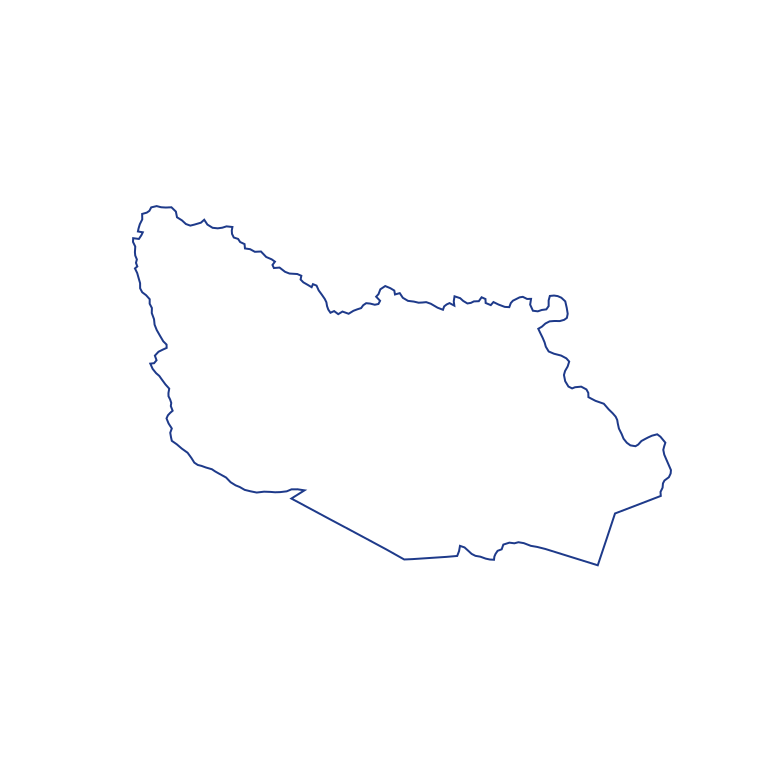 outline of Contendas do Sincorá, Bahia, Brazil, rotated 301°
{"feature_id": "56859067B17459765525716", "entity_name": "Contendas do Sincorá", "entity_type": "district", "adm_level": 2, "iso_a3": "BRA", "parent_name": "Brazil", "parent_adm1": "Bahia", "projection": "equal_earth", "projection_center": [-41.061, -13.829], "detail": "fine", "context": "isolated", "style": "outline", "palette": "blue", "viewbox_px": 768, "rotation_deg": 301, "n_neighbors": 0, "source": "geoboundaries", "source_scale": "gbopen_adm2", "svg_char_len": 3836}
<svg xmlns="http://www.w3.org/2000/svg" viewBox="0 0 768 768"><g transform="rotate(301 384 384)"><path d="M242.5,215.3L239.2,219.7L236.6,225.0L232.1,225.9L228.5,229.0L226.0,231.4L225.6,237.4L224.5,243.9L223.9,251.1L221.4,257.0L218.9,261.9L218.7,266.1L219.8,269.7L220.7,274.3L222.3,280.4L222.1,284.3L222.2,288.6L222.5,296.8L220.8,303.1L220.7,309.0L221.4,313.4L221.5,319.1L223.3,324.9L225.4,330.8L229.9,336.6L233.0,342.2L235.1,346.4L237.8,350.6L241.9,355.9L246.1,359.0L249.2,364.1L251.9,370.6L238.1,363.6L240.2,407.0L241.5,431.8L243.4,471.2L244.0,491.7L248.5,498.5L268.0,526.6L274.3,535.3L279.4,534.4L284.4,532.5L285.4,537.2L284.5,541.8L283.5,546.6L283.8,550.9L285.6,555.5L286.7,561.1L288.1,565.2L290.0,568.8L292.9,567.5L295.9,567.1L299.5,567.3L302.9,570.0L307.8,569.0L312.6,573.2L314.6,577.8L317.6,580.7L319.6,585.8L320.9,593.2L323.2,599.1L325.7,607.3L338.7,660.6L367.6,654.2L392.0,648.7L430.6,678.9L433.9,676.6L438.6,676.2L442.5,674.3L445.7,674.1L450.8,676.2L454.9,675.8L458.0,674.3L460.5,670.8L464.7,664.9L467.8,660.6L471.4,657.3L474.7,656.3L478.6,655.4L481.2,648.1L481.6,644.1L477.7,640.3L474.2,637.9L471.6,636.3L467.7,634.0L463.0,633.1L460.2,631.6L458.3,626.8L458.7,622.4L460.5,617.5L463.5,613.5L466.8,608.3L470.6,604.7L473.3,602.4L475.3,599.4L476.7,595.1L478.0,589.6L480.3,582.6L478.5,574.0L478.0,566.0L481.6,563.7L483.6,560.3L483.3,554.4L479.6,549.4L477.1,547.5L476.8,543.4L479.7,537.9L484.4,533.6L488.4,532.5L493.6,532.4L498.6,531.2L499.9,527.1L499.6,521.2L497.5,514.1L496.7,508.4L499.3,503.5L502.4,500.2L505.3,496.2L508.0,492.0L510.8,487.8L514.4,489.8L519.0,491.2L523.0,493.7L525.7,497.5L528.5,502.3L531.8,505.4L534.9,506.7L538.8,505.3L543.3,501.5L548.2,496.8L549.3,491.6L548.8,487.6L547.4,484.2L544.9,480.8L540.4,482.1L535.6,485.0L531.6,484.7L528.7,481.1L525.5,478.4L523.5,473.9L527.3,468.4L532.7,466.2L530.6,462.8L530.2,458.1L528.1,455.6L525.1,453.7L521.8,451.6L518.7,451.0L514.4,451.8L512.3,447.8L511.1,441.3L510.6,435.6L506.6,434.9L505.8,429.4L509.1,427.2L508.6,423.0L503.8,422.6L501.1,418.5L498.3,416.7L496.0,414.0L496.0,409.1L496.8,405.1L495.5,399.3L490.8,401.2L487.4,403.9L487.1,398.5L484.4,396.7L481.5,395.6L478.0,396.3L477.0,390.6L476.9,382.8L475.9,378.0L473.6,374.9L471.5,371.8L470.0,367.1L467.6,361.7L467.6,355.7L470.0,350.7L466.4,347.3L469.4,344.7L469.4,340.1L468.6,334.6L463.3,332.1L458.2,333.0L454.8,332.3L453.3,337.8L449.7,338.0L447.2,335.3L445.8,330.7L444.1,327.1L440.8,325.6L437.3,325.3L434.2,322.6L431.0,320.1L426.0,317.5L424.7,311.1L420.3,308.8L420.8,303.7L417.5,301.4L419.1,297.9L421.4,295.1L424.4,292.5L426.4,289.4L428.5,284.8L430.6,279.8L433.6,275.5L433.0,271.7L429.7,272.1L429.7,267.5L429.6,262.5L430.6,258.7L434.2,257.4L433.6,253.0L430.0,246.1L429.2,241.4L430.0,234.5L426.7,229.9L428.6,227.1L432.7,227.5L433.0,223.5L432.2,217.6L434.2,210.3L430.8,205.2L430.6,199.8L428.6,195.0L432.1,192.4L431.6,187.6L433.2,184.2L432.2,179.8L434.4,176.4L437.1,174.5L440.5,173.2L438.0,167.8L434.7,164.9L431.8,161.3L429.6,156.6L429.7,150.5L432.2,145.3L428.0,144.0L423.1,139.5L420.0,136.4L419.1,131.8L420.2,126.5L420.3,120.7L424.6,116.8L426.0,110.8L422.9,106.1L420.7,101.9L419.4,97.5L415.5,93.5L411.6,93.7L408.7,92.4L405.2,89.1L400.6,92.0L395.2,92.4L390.9,93.5L388.0,94.5L389.8,99.1L386.6,99.4L382.1,99.2L379.8,93.9L376.5,95.7L373.7,100.0L368.7,102.6L366.0,104.6L363.5,108.0L360.1,109.0L357.7,112.0L354.8,111.0L352.0,115.3L348.7,118.8L344.8,123.0L340.4,125.7L338.1,129.5L337.6,134.3L336.0,139.5L332.1,141.8L329.6,145.9L325.2,148.4L321.1,153.5L316.7,156.8L313.2,161.4L310.0,167.1L306.9,172.8L305.8,177.3L303.0,179.1L299.7,176.8L295.5,174.1L290.3,173.0L287.2,176.8L283.4,176.2L281.1,173.2L277.8,177.9L275.9,183.1L275.2,187.2L273.4,191.3L271.1,196.8L269.4,202.3L265.2,203.9L262.5,205.6L260.6,208.6L258.2,211.4L255.3,212.6L252.2,216.6L249.2,215.6L245.9,214.9L242.5,215.3Z" fill="none" stroke="#1e3a8a" stroke-width="2"/></g></svg>